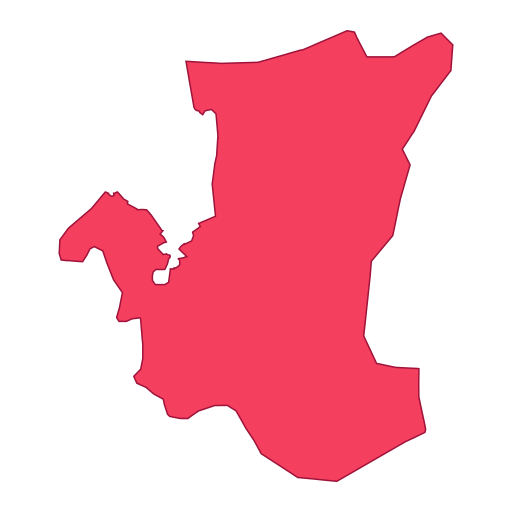 the district of Sanhan wa Bani Bahlul, Sana'a, Yemen
{"feature_id": "15242507B89205574884990", "entity_name": "Sanhan wa Bani Bahlul", "entity_type": "district", "adm_level": 2, "iso_a3": "YEM", "parent_name": "Yemen", "parent_adm1": "Sana'a", "projection": "mercator", "projection_center": [44.289, 15.226], "detail": "fine", "context": "isolated", "style": "filled", "palette": "rose", "viewbox_px": 512, "rotation_deg": 0, "n_neighbors": 0, "source": "geoboundaries", "source_scale": "gbopen_adm2", "svg_char_len": 4397}
<svg xmlns="http://www.w3.org/2000/svg" viewBox="0 0 512 512"><path d="M424.6,109.9L431.4,96.0L434.6,91.9L439.3,85.7L450.9,70.5L451.0,69.0L452.0,55.4L452.8,44.9L441.2,33.3L441.0,33.1L440.1,33.4L427.4,37.1L419.3,41.8L413.7,45.0L402.2,52.0L394.7,56.6L394.2,56.8L393.9,56.8L389.7,56.9L385.1,56.9L382.4,56.9L373.8,56.9L366.9,56.9L361.1,45.8L360.3,44.3L357.8,39.4L357.7,39.5L355.9,35.4L354.8,32.8L354.5,32.1L347.1,30.7L335.8,35.6L324.9,40.3L316.0,44.1L310.2,46.7L306.1,48.4L302.8,49.8L300.5,50.1L276.7,57.0L258.1,62.3L220.7,63.4L220.0,63.3L210.3,62.7L205.4,62.5L189.7,61.5L186.0,61.3L188.6,76.5L190.0,84.6L192.7,99.9L194.0,107.4L194.9,109.0L196.0,110.2L198.9,111.1L199.5,111.3L199.7,112.4L202.7,114.7L205.0,110.9L206.9,110.4L207.6,110.2L211.6,109.5L214.1,112.0L216.0,113.9L217.0,125.1L218.0,136.8L218.1,137.5L217.8,137.5L217.3,145.4L217.1,148.0L216.7,154.9L216.8,154.9L214.9,163.4L212.2,184.0L215.5,216.3L213.5,217.1L202.3,221.9L198.6,223.4L200.3,226.5L197.4,228.7L194.7,230.7L194.5,230.8L192.9,231.9L192.6,232.2L193.3,234.6L193.4,235.1L193.6,235.7L193.5,235.8L193.2,236.6L193.0,237.2L192.9,237.5L192.4,238.7L192.3,239.1L192.2,239.4L191.6,240.9L190.8,241.3L188.1,242.6L184.4,244.3L184.2,243.8L182.1,245.4L181.5,245.9L181.3,246.1L180.5,246.9L180.2,247.3L179.7,248.1L179.0,249.0L181.5,251.5L182.2,252.2L182.9,252.8L186.8,256.6L184.9,257.1L183.6,257.8L180.3,258.3L178.3,258.7L178.3,258.9L179.6,260.0L179.7,263.0L179.7,263.9L179.7,264.8L179.3,265.3L177.6,266.7L176.2,267.7L174.7,267.9L174.1,267.9L174.0,269.0L170.4,268.8L170.4,269.1L170.1,271.0L169.3,277.3L168.6,282.3L164.8,284.6L160.2,284.6L155.6,284.6L154.5,283.5L152.5,280.6L152.4,278.5L152.3,276.6L153.1,272.1L155.2,270.1L155.8,269.5L163.7,269.5L164.0,269.5L165.0,269.2L166.4,266.1L167.4,264.0L168.0,261.6L168.1,261.3L168.4,259.5L170.2,257.0L170.1,256.6L170.0,255.3L169.3,255.0L168.5,255.0L166.9,254.4L166.8,254.1L166.3,253.8L166.0,254.0L165.3,254.1L164.3,254.3L164.1,254.3L163.3,254.6L160.2,251.3L157.7,248.6L157.6,247.0L157.6,246.2L160.2,244.8L160.5,244.6L162.6,243.4L163.5,242.9L163.4,242.8L164.7,242.5L166.3,242.1L165.2,239.9L164.1,237.8L164.0,237.7L163.5,237.1L162.9,236.4L161.9,235.5L161.8,235.4L161.0,234.8L160.1,234.1L162.4,231.3L162.9,230.8L162.0,230.6L160.3,228.1L151.3,215.2L149.4,212.9L146.6,209.8L142.4,209.5L140.0,209.6L137.3,209.7L137.0,209.0L127.4,203.9L127.7,202.0L127.8,201.4L123.8,199.1L121.1,196.0L117.5,192.0L117.2,192.1L116.8,192.1L116.4,192.3L116.2,192.4L115.6,192.8L115.3,192.8L115.1,193.1L114.9,193.5L113.8,193.2L113.6,193.2L114.0,195.6L112.8,196.0L112.1,196.1L111.6,196.3L110.5,195.7L109.4,194.8L108.7,194.2L108.5,193.3L108.0,193.2L107.9,193.0L107.4,193.0L106.7,192.4L105.8,192.3L105.3,192.0L91.4,208.6L81.2,217.3L80.1,218.2L77.2,220.7L68.4,228.2L59.9,239.8L59.2,253.4L61.2,260.0L67.6,260.7L67.8,260.5L69.7,260.7L78.1,261.4L80.0,261.5L82.3,261.7L82.6,261.7L86.8,255.2L90.0,248.8L93.3,247.1L94.3,246.6L102.7,250.8L102.8,250.9L105.4,258.6L107.0,263.3L107.2,263.8L112.5,277.1L113.6,279.9L122.4,292.6L122.4,292.9L120.0,304.9L119.6,307.1L116.6,317.5L117.7,319.3L119.0,321.4L126.3,321.4L132.1,318.8L133.9,318.6L140.0,317.8L140.5,318.6L140.6,318.9L141.9,334.8L142.3,339.5L142.7,343.3L142.8,344.4L142.8,358.4L142.8,358.5L140.7,369.2L133.8,376.3L136.8,383.2L144.6,386.7L146.1,387.4L153.6,393.9L162.0,398.5L163.3,399.2L164.4,404.6L167.6,414.3L169.7,416.4L177.1,417.9L180.5,418.5L187.9,418.5L192.2,415.3L193.4,414.5L197.9,411.4L198.6,410.9L206.8,408.2L214.4,405.6L214.6,405.5L217.6,405.5L227.5,405.4L229.1,406.5L231.3,407.9L236.0,410.8L238.0,414.2L238.9,415.8L243.4,423.8L245.7,428.0L249.7,434.0L254.3,440.9L261.2,453.7L262.3,454.4L274.9,462.6L275.9,463.2L283.4,468.1L297.3,477.2L297.8,477.5L316.0,479.2L318.5,479.5L325.5,480.2L336.8,481.3L405.2,441.8L417.7,435.9L423.0,433.3L424.9,432.4L425.1,431.7L425.3,430.9L425.5,429.8L425.6,429.2L425.0,425.9L424.3,422.4L423.1,416.9L420.5,404.9L419.3,399.0L418.8,396.3L418.8,392.4L418.8,391.7L418.7,384.6L418.9,369.6L418.9,368.7L417.8,368.5L405.0,367.9L395.8,367.4L392.7,366.8L386.5,365.5L379.2,363.9L376.6,363.5L367.1,343.2L363.7,335.9L365.4,320.6L365.7,317.6L369.6,281.0L370.2,275.4L371.3,261.3L392.1,236.4L392.7,235.7L393.5,232.1L394.7,226.4L398.9,205.8L400.5,198.3L401.2,195.9L405.2,181.9L410.1,164.9L404.0,152.6L402.9,150.4L402.3,149.2L402.6,148.7L402.8,148.4L408.5,139.8L408.6,139.5L411.7,134.8L414.0,131.5L421.0,117.2L424.6,109.9Z" fill="#f43f5e" stroke="#9f1239" stroke-width="1.5"/></svg>